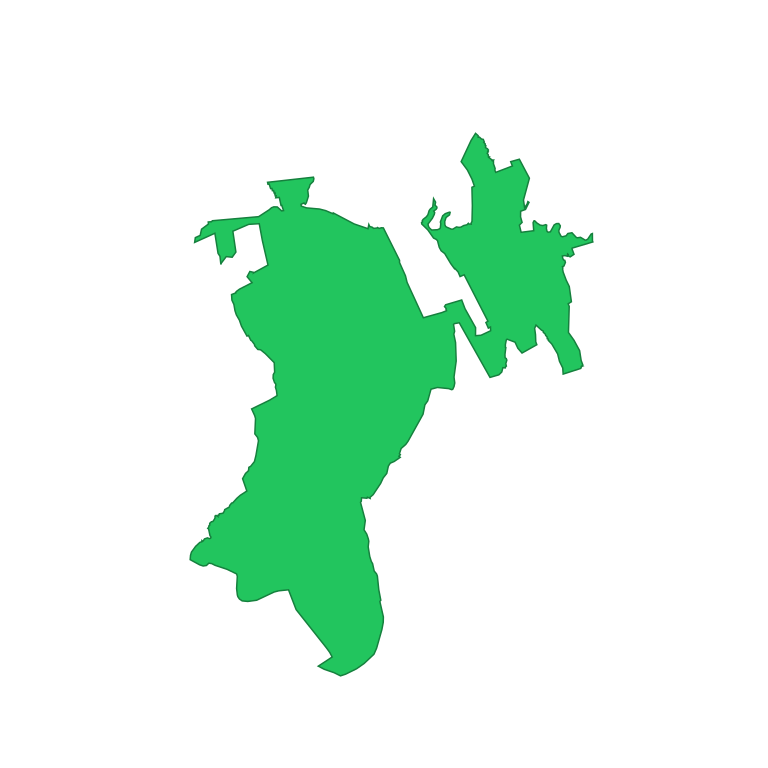 Temoaya, México, Mexico, rotated 150°
{"feature_id": "50627088B51364435398439", "entity_name": "Temoaya", "entity_type": "district", "adm_level": 2, "iso_a3": "MEX", "parent_name": "Mexico", "parent_adm1": "México", "projection": "natural_earth1", "projection_center": [-99.618, 19.489], "detail": "fine", "context": "isolated", "style": "filled", "palette": "green", "viewbox_px": 768, "rotation_deg": 150, "n_neighbors": 0, "source": "geoboundaries", "source_scale": "gbopen_adm2", "svg_char_len": 6171}
<svg xmlns="http://www.w3.org/2000/svg" viewBox="0 0 768 768"><g transform="rotate(150 384 384)"><path d="M179.4,555.3L186.8,551.4L206.0,538.0L204.8,527.7L205.4,517.4L206.8,510.1L209.5,510.4L218.3,494.3L226.5,480.8L228.1,479.8L228.5,478.8L230.7,480.3L230.7,481.0L232.5,480.4L235.8,481.4L238.9,481.4L240.7,482.1L242.7,483.8L247.0,483.7L248.3,484.5L251.3,488.5L251.8,489.5L251.7,491.4L250.1,494.4L247.0,497.2L242.7,497.7L240.9,499.6L241.4,500.1L245.8,500.9L249.1,500.3L254.2,496.1L254.7,494.4L257.2,491.0L258.1,490.6L260.6,490.9L265.7,493.5L266.7,496.7L266.6,498.4L265.9,500.5L259.3,503.3L255.7,505.7L254.4,507.1L254.5,508.9L251.6,509.2L250.1,510.0L249.7,511.1L250.4,513.3L248.4,515.7L248.4,519.7L253.3,512.9L256.4,512.4L258.2,511.6L261.4,508.6L263.8,507.6L267.8,507.0L269.2,506.3L269.6,505.1L270.7,505.1L271.3,503.7L269.0,495.5L268.1,485.6L266.5,483.2L266.0,481.4L267.8,474.8L267.9,470.8L266.2,466.6L266.0,454.8L265.3,448.5L264.8,448.6L263.8,444.0L264.4,439.0L260.0,438.5L262.6,386.4L265.0,386.3L265.7,380.2L263.3,380.1L265.0,376.8L275.6,377.7L280.6,380.1L276.5,387.0L276.2,408.7L274.7,417.9L291.0,421.8L292.9,420.8L292.4,418.3L292.9,417.9L293.2,416.2L298.1,416.9L316.8,421.7L313.2,460.5L311.3,467.0L309.8,481.5L308.7,483.3L306.5,519.5L308.1,520.6L310.5,521.2L311.4,522.8L312.2,522.6L315.2,524.0L315.7,525.5L317.6,527.6L317.4,529.7L320.2,526.5L329.8,537.5L342.4,557.5L343.0,556.9L347.8,563.3L352.4,567.8L363.1,575.3L366.7,579.4L366.0,581.1L362.8,580.8L362.9,580.2L362.2,579.0L360.6,579.8L355.5,584.5L353.1,590.1L350.4,591.7L348.3,593.7L344.0,594.8L342.1,596.8L341.7,598.4L384.0,616.9L384.6,615.0L383.5,614.5L384.5,609.9L383.3,609.4L384.0,607.2L382.9,606.7L383.6,604.5L382.8,604.3L383.0,603.5L383.4,603.7L384.1,601.2L383.3,600.9L384.7,599.4L381.4,597.9L383.9,590.1L383.2,589.8L384.3,584.4L386.1,585.1L387.9,590.7L390.8,592.5L393.3,592.9L396.3,592.3L408.9,591.6L451.0,611.2L452.3,610.8L455.2,612.2L456.1,610.3L464.6,609.3L468.9,604.6L474.2,605.1L477.2,601.3L455.1,599.1L462.4,580.1L462.2,576.6L465.5,569.1L464.3,570.1L456.9,573.2L452.1,569.7L446.3,572.3L438.5,591.9L421.3,589.9L411.9,585.2L417.7,568.8L425.0,545.0L441.1,545.4L440.8,545.6L443.9,548.5L448.9,545.4L447.6,537.7L461.6,538.4L465.3,538.0L466.7,537.5L466.8,537.0L471.3,537.7L473.8,532.6L474.2,528.0L476.4,522.0L477.3,517.7L477.3,511.6L478.5,505.4L478.7,494.0L477.1,493.8L477.5,488.6L476.9,487.3L476.4,482.9L476.9,481.8L476.0,477.0L473.8,475.4L471.6,469.7L468.4,457.4L472.8,448.9L475.2,447.5L477.2,444.4L478.1,439.8L477.7,438.6L478.1,437.2L479.6,435.6L480.4,432.2L482.4,427.4L491.1,427.2L511.1,428.6L511.8,421.2L512.5,418.4L520.8,405.4L520.2,400.9L521.1,397.6L530.6,386.2L535.0,381.6L540.6,379.4L542.7,379.4L544.7,376.7L548.6,375.8L553.8,372.7L556.3,359.9L564.0,359.5L568.5,358.6L574.4,356.7L575.5,357.1L578.3,356.0L579.5,354.8L584.7,354.9L585.9,353.7L588.1,352.6L591.5,353.9L592.6,352.9L593.1,353.4L594.0,352.9L594.1,352.4L595.2,354.2L596.4,354.1L597.2,352.6L598.5,351.7L600.9,350.5L602.4,351.0L604.6,350.5L605.5,348.9L606.3,348.9L607.6,347.5L608.8,347.1L608.4,346.1L610.5,339.8L610.4,337.9L611.4,337.1L612.6,337.5L613.8,339.0L616.9,339.6L618.8,338.6L619.7,338.5L620.0,339.4L620.6,338.5L622.7,338.9L628.3,337.6L634.8,334.7L637.2,332.4L639.7,328.8L634.1,319.6L631.6,316.8L628.5,315.6L625.3,316.4L623.0,314.6L621.0,311.5L612.5,301.9L606.6,293.2L607.2,290.8L613.9,280.6L616.5,274.6L616.9,272.8L616.7,270.1L615.3,267.1L610.7,263.8L602.4,260.4L583.2,258.8L578.5,257.5L569.6,253.5L572.9,232.5L565.8,184.4L565.2,178.7L565.4,173.5L582.0,172.5L578.4,166.8L571.6,159.0L567.6,153.0L562.4,151.9L550.2,151.1L541.0,151.9L527.8,155.0L522.5,158.9L508.6,172.4L503.8,178.0L501.0,182.6L496.3,197.8L494.9,198.3L491.4,208.4L485.8,220.9L485.4,223.2L486.0,227.0L483.7,234.1L483.7,236.7L482.6,241.7L479.1,250.9L475.8,255.4L475.0,257.8L474.0,262.6L474.2,267.7L468.4,275.2L463.5,293.3L462.3,293.8L460.3,296.7L455.9,293.6L455.0,294.3L453.2,291.9L452.9,292.8L448.7,293.6L436.6,299.6L431.6,303.1L426.3,305.2L421.3,310.7L418.2,312.3L413.9,311.8L406.6,312.4L407.2,314.0L405.2,314.6L405.5,315.9L401.4,319.6L395.3,320.8L391.8,322.4L365.3,338.3L359.0,345.5L354.6,347.5L345.9,356.0L339.5,354.3L330.2,347.6L328.3,345.3L327.2,345.0L324.6,346.8L322.2,349.5L319.9,355.0L310.0,367.8L301.3,384.1L298.6,392.3L296.5,394.3L294.0,400.8L292.9,401.1L288.2,399.4L288.9,336.7L279.9,334.5L276.0,335.5L272.9,338.7L270.9,337.3L269.9,338.3L269.1,338.3L268.3,340.8L265.7,343.2L265.4,344.9L266.0,346.2L264.4,349.2L260.3,354.6L260.6,354.9L259.2,357.4L256.1,361.0L255.0,361.3L249.6,354.7L250.2,348.0L249.0,341.8L232.0,341.6L231.5,344.6L228.1,351.0L225.7,356.9L222.9,359.0L220.7,352.0L219.6,350.1L220.2,349.1L219.4,346.7L219.7,345.2L219.2,343.2L220.0,341.6L219.3,340.8L219.9,339.7L218.7,334.7L218.6,323.2L220.7,315.9L221.2,308.5L223.9,303.0L205.8,299.1L204.1,300.4L203.4,300.3L203.8,300.7L202.3,301.0L201.5,305.8L197.9,315.1L197.6,326.9L198.5,336.4L184.8,358.6L184.4,361.4L180.6,361.5L174.8,375.8L174.3,382.8L172.9,391.3L171.9,394.1L171.0,395.2L170.8,396.4L169.2,396.2L166.1,398.6L165.6,400.7L166.4,401.4L166.4,403.5L165.5,405.7L163.2,404.8L161.3,403.0L160.0,404.8L159.7,404.0L160.4,402.7L159.2,401.0L154.6,401.3L153.6,407.1L153.1,407.6L132.1,402.6L131.8,403.9L128.3,410.1L129.6,410.3L135.1,407.6L137.1,407.6L137.8,408.0L140.5,412.8L143.6,414.0L144.2,414.9L145.6,421.0L149.5,422.4L152.2,421.3L155.9,422.3L156.8,423.5L156.6,428.0L155.6,429.8L153.2,431.6L152.2,432.9L152.4,435.6L154.5,436.7L157.1,436.7L163.8,432.6L166.0,433.4L166.5,434.7L165.6,437.5L163.7,440.2L164.2,441.1L167.2,441.8L169.3,443.5L171.0,446.8L171.9,450.0L172.6,450.3L174.2,449.2L177.7,441.9L189.4,446.8L187.3,453.9L183.6,454.9L182.2,460.4L179.3,465.3L174.2,464.4L167.6,468.8L168.2,470.0L170.1,468.3L174.1,466.4L171.2,473.6L155.2,489.5L154.4,511.0L163.1,513.2L163.8,508.6L181.4,511.4L181.1,513.7L180.0,515.1L179.1,520.0L178.0,521.8L178.2,522.7L177.1,523.1L177.9,523.7L178.7,523.6L178.7,524.7L180.0,527.9L179.2,528.0L179.8,528.8L179.1,530.4L179.3,532.2L177.6,533.0L177.9,533.6L176.6,534.4L176.8,536.0L177.9,538.0L176.6,539.5L177.0,540.2L176.3,541.3L176.8,543.4L176.1,543.6L175.7,546.2L177.1,547.4L177.9,550.1L179.1,550.6L178.3,552.0L179.4,555.3Z" fill="#22c55e" stroke="#15803d" stroke-width="1.5"/></g></svg>